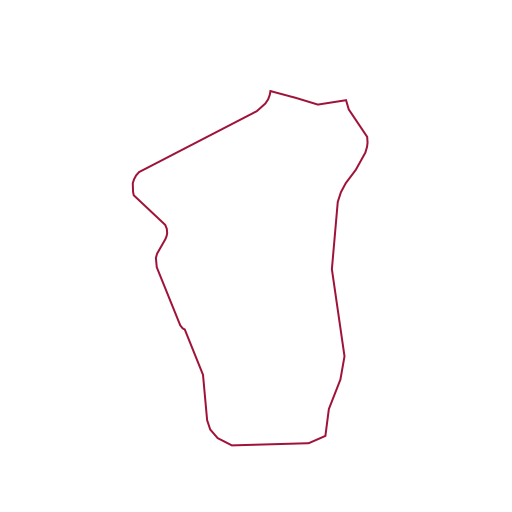 an SVG outline of Islington, rotated 207°
{"feature_id": "GBR-2071", "entity_name": "Islington", "entity_type": "London Borough", "adm_level": 1, "iso_a3": "GBR", "parent_name": "United Kingdom", "parent_adm1": "", "projection": "albers", "projection_center": [-0.097, 51.547], "detail": "fine", "context": "isolated", "style": "outline", "palette": "rose", "viewbox_px": 512, "rotation_deg": 207, "n_neighbors": 0, "source": "natural_earth", "source_scale": "10m", "svg_char_len": 714}
<svg xmlns="http://www.w3.org/2000/svg" viewBox="0 0 512 512"><g transform="rotate(207 256 256)"><path d="M246.5,435.7L239.9,428.7L211.0,412.6L208.0,407.5L206.6,403.6L205.5,397.7L206.2,378.1L209.1,361.6L209.3,351.4L207.7,341.3L182.4,278.7L131.6,206.8L124.7,184.2L121.6,152.7L112.5,127.2L124.1,113.1L191.5,76.3L207.4,76.3L218.0,80.6L225.0,87.5L249.3,126.1L286.1,158.2L288.4,158.2L292.0,159.8L339.3,200.9L344.3,208.8L345.2,213.1L344.4,229.9L344.7,233.1L345.5,236.0L347.8,239.7L351.0,242.5L392.5,254.6L394.7,257.4L398.8,264.8L399.5,268.9L399.4,273.4L398.3,277.7L321.0,385.5L316.9,396.1L316.3,401.2L316.9,405.9L318.0,409.5L291.6,415.1L269.6,419.0L246.5,435.7Z" fill="none" stroke="#9f1239" stroke-width="2"/></g></svg>